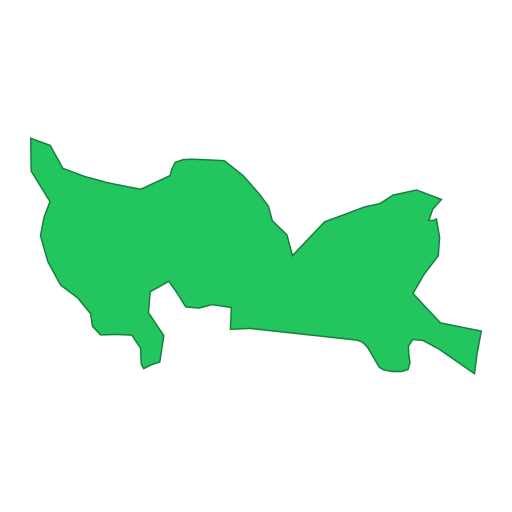 an SVG outline of Santo Domingo
{"feature_id": "DOM-1394", "entity_name": "Santo Domingo", "entity_type": "Province", "adm_level": 1, "iso_a3": "DOM", "parent_name": "Dominican Republic", "parent_adm1": "", "projection": "albers", "projection_center": [-69.842, 18.571], "detail": "fine", "context": "isolated", "style": "filled", "palette": "green", "viewbox_px": 512, "rotation_deg": 0, "n_neighbors": 0, "source": "natural_earth", "source_scale": "10m", "svg_char_len": 1079}
<svg xmlns="http://www.w3.org/2000/svg" viewBox="0 0 512 512"><path d="M159.8,362.0L151.0,364.9L143.7,368.6L141.2,364.0L140.6,348.2L131.8,335.1L116.2,334.5L100.5,334.9L92.5,326.3L90.6,313.7L77.7,297.9L60.7,285.2L47.9,261.8L40.5,235.8L43.9,217.8L50.0,201.6L31.2,171.1L30.7,138.3L50.2,145.4L62.9,168.4L85.0,176.6L107.8,182.8L140.6,189.3L170.0,175.6L171.9,168.9L175.1,162.4L183.3,159.6L192.0,159.2L208.1,159.9L224.2,160.7L243.0,175.5L258.8,193.4L268.4,206.2L272.3,220.7L286.9,234.9L292.5,255.6L324.5,221.9L364.8,206.9L379.9,203.6L393.0,195.1L416.6,190.0L441.4,199.5L432.8,209.1L428.8,220.3L432.7,220.6L436.4,219.0L439.6,237.3L438.3,255.7L424.1,274.3L412.9,293.5L440.5,322.9L481.3,331.1L476.9,354.5L474.5,373.7L438.4,348.7L423.0,340.5L412.8,339.4L408.4,346.2L408.8,354.4L410.0,362.7L408.1,369.4L401.9,371.5L392.1,371.5L383.2,369.7L379.2,367.1L367.5,347.2L362.0,341.8L356.8,340.1L249.7,328.4L230.4,329.3L231.4,307.5L212.1,304.6L199.0,308.1L185.8,306.9L177.3,293.4L168.8,281.3L150.2,291.7L148.4,312.6L163.8,335.6L159.8,362.0Z" fill="#22c55e" stroke="#15803d" stroke-width="1.5"/></svg>